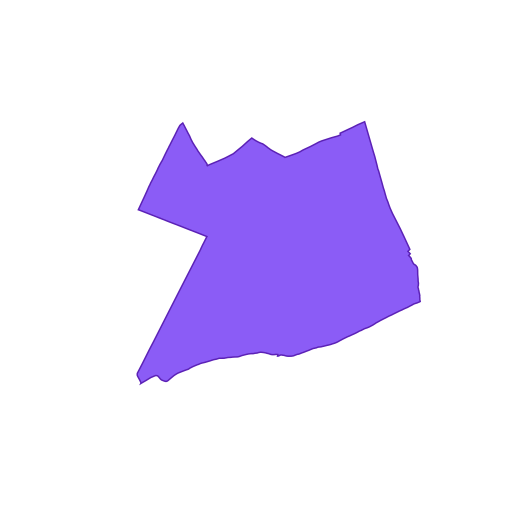 Vartop, Dolj, Romania, rotated 136°
{"feature_id": "2599482B4098580936602", "entity_name": "Vartop", "entity_type": "district", "adm_level": 2, "iso_a3": "ROU", "parent_name": "Romania", "parent_adm1": "Dolj", "projection": "natural_earth1", "projection_center": [23.359, 44.205], "detail": "fine", "context": "isolated", "style": "filled", "palette": "violet", "viewbox_px": 512, "rotation_deg": 136, "n_neighbors": 0, "source": "geoboundaries", "source_scale": "gbopen_adm2", "svg_char_len": 6082}
<svg xmlns="http://www.w3.org/2000/svg" viewBox="0 0 512 512"><g transform="rotate(136 256 256)"><path d="M308.5,371.0L308.0,370.0L306.8,367.4L305.7,365.0L303.0,359.1L294.3,340.0L292.1,335.3L288.9,328.4L285.4,320.7L281.5,312.3L279.8,308.5L277.8,304.1L281.0,303.0L284.6,301.7L286.5,301.1L289.7,299.9L291.9,299.0L330.5,285.8L352.0,278.4L389.1,265.6L397.5,262.8L412.0,257.7L422.7,254.1L423.2,253.8L423.9,253.1L424.3,252.6L424.7,251.6L424.9,250.9L425.6,248.3L426.4,245.7L426.6,245.2L426.9,244.5L427.4,244.3L425.3,243.8L421.7,242.9L415.9,241.6L414.7,241.1L412.3,240.2L411.2,239.7L410.4,238.8L410.0,238.1L410.0,237.3L410.0,236.3L410.2,233.9L410.1,232.6L409.8,231.8L408.8,229.7L408.2,228.7L407.6,228.1L406.8,227.7L405.8,227.5L402.3,227.3L398.2,227.0L397.0,226.8L394.6,226.3L393.0,225.8L390.1,224.6L386.1,222.9L385.2,222.5L384.0,221.9L383.1,221.5L382.4,221.4L381.6,221.3L378.3,220.3L376.7,219.7L373.6,218.5L372.5,217.9L371.2,217.5L369.5,216.7L366.7,215.0L361.5,212.3L360.4,211.8L358.4,210.8L356.1,209.3L353.5,208.0L352.6,207.1L349.9,204.6L346.7,202.5L344.4,200.5L343.0,199.5L341.5,198.2L340.4,197.2L339.4,196.3L338.2,195.5L336.7,194.8L335.1,194.1L333.2,193.0L331.1,191.8L329.2,190.6L327.5,189.3L325.8,187.7L324.2,186.7L322.7,185.5L322.4,185.3L321.1,184.7L319.5,183.6L318.4,182.3L317.2,180.8L316.3,179.5L315.9,178.8L315.6,178.2L315.1,177.6L314.7,176.9L314.3,176.1L313.8,175.1L313.5,174.6L313.1,174.1L312.3,173.2L311.8,172.8L311.5,172.5L311.0,172.1L310.4,171.7L309.7,171.0L309.4,170.8L309.2,170.5L308.7,169.9L309.2,169.5L310.0,169.0L309.5,168.6L309.2,168.5L308.9,168.3L308.6,168.2L307.8,168.0L307.2,167.8L307.0,167.6L306.7,167.4L306.1,166.7L305.5,165.8L305.2,165.5L304.8,165.0L304.1,163.7L303.7,163.2L303.5,162.8L303.2,162.4L302.2,161.3L301.8,160.9L301.3,160.5L301.0,160.2L300.7,159.9L299.9,159.2L299.6,159.0L299.3,158.8L298.6,158.3L298.0,158.0L297.5,157.8L296.5,157.4L295.6,157.0L294.6,156.6L294.0,156.1L293.6,155.9L293.2,155.6L292.9,155.5L291.7,155.0L290.4,154.5L289.0,153.8L287.1,153.0L285.8,152.5L285.2,152.2L284.0,151.7L283.4,151.4L282.7,151.2L281.5,150.7L280.9,150.5L280.2,150.2L279.2,149.8L277.8,148.9L276.6,148.2L276.1,147.9L275.4,147.7L274.9,147.4L274.4,147.2L274.1,146.9L273.6,146.5L273.1,146.1L272.6,145.7L272.0,145.3L271.4,145.0L270.8,144.6L269.6,143.9L268.4,143.2L267.9,142.9L267.3,142.6L266.8,142.3L266.2,141.9L265.2,141.3L264.1,140.7L263.6,140.4L263.1,140.2L261.6,139.5L261.1,139.2L260.7,139.0L259.2,138.3L258.1,137.9L257.0,137.5L255.4,137.1L254.2,136.8L253.7,136.6L251.4,136.0L250.8,135.8L249.5,135.4L247.7,134.8L247.0,134.6L245.1,133.9L244.5,133.6L243.9,133.4L243.3,133.2L242.7,133.0L242.1,132.8L239.9,132.0L238.8,131.6L238.1,131.4L237.6,131.2L236.5,130.9L235.9,130.7L234.8,130.4L234.2,130.3L233.1,129.9L232.5,129.6L232.0,129.4L231.7,129.3L231.3,129.2L230.9,129.1L230.3,128.9L228.9,128.5L228.1,128.2L225.6,127.0L225.0,126.8L224.4,126.5L223.7,126.3L223.1,126.1L222.4,125.9L221.7,125.7L220.3,125.3L219.6,125.1L218.9,125.0L217.6,124.7L216.9,124.6L216.2,124.5L215.5,124.3L214.1,123.9L212.2,123.4L211.3,123.2L210.4,122.9L207.7,122.1L205.9,121.5L202.4,120.5L200.7,119.9L199.9,119.6L199.1,119.3L198.3,119.1L196.1,118.4L195.5,118.2L193.6,117.6L191.8,117.0L191.5,117.0L191.1,116.8L190.0,116.4L189.7,116.3L188.7,115.9L188.1,115.7L187.3,115.5L185.9,115.0L184.5,114.5L184.0,114.3L183.0,113.9L182.4,113.7L181.6,113.5L179.5,112.9L178.3,112.5L177.1,112.2L176.8,112.1L176.5,112.1L175.9,111.9L175.2,111.6L174.6,111.3L174.1,111.1L172.6,110.3L171.2,109.8L170.6,109.5L170.1,109.4L169.5,109.2L168.4,110.9L167.4,111.9L166.6,112.9L165.9,113.6L165.6,113.8L165.4,114.1L165.3,114.3L164.5,115.5L164.1,116.3L163.3,117.4L162.9,118.0L162.7,118.6L162.2,119.2L162.0,119.5L161.1,121.2L159.5,122.2L158.8,122.9L158.0,123.6L157.0,125.1L155.2,127.1L152.6,130.3L149.4,133.7L148.3,135.2L147.8,136.1L147.8,136.7L147.6,137.8L147.6,138.2L147.6,138.8L147.7,139.0L147.8,139.2L147.9,139.5L148.0,139.9L148.1,140.3L148.0,140.8L148.0,141.3L147.9,141.8L147.8,142.1L147.6,142.8L147.2,144.0L147.0,145.0L146.9,145.3L146.7,145.5L146.3,146.0L146.2,146.2L146.1,146.4L146.0,146.6L145.9,147.2L145.9,147.4L145.9,148.1L145.8,148.7L145.8,149.4L145.9,150.3L143.5,150.5L143.5,153.8L140.7,153.9L136.1,167.1L133.3,175.4L130.1,185.9L128.3,191.8L126.3,197.3L124.9,200.5L123.7,203.0L122.8,205.2L122.2,206.8L121.1,208.8L120.0,210.9L118.5,213.6L118.0,214.6L117.3,216.1L117.0,216.7L116.5,217.6L114.2,221.8L111.1,227.6L108.6,232.2L108.0,233.8L106.0,237.1L101.5,245.0L99.0,249.9L98.1,251.6L84.6,277.1L91.5,279.7L97.4,281.5L100.8,282.7L110.2,285.9L111.1,284.4L114.2,285.7L119.5,288.6L128.9,293.2L131.7,294.3L134.6,295.1L140.7,296.9L146.5,298.9L148.9,299.7L151.5,300.3L152.5,300.6L155.7,301.8L157.3,302.5L160.4,303.9L166.7,306.8L166.7,307.0L166.8,307.5L167.0,308.2L168.4,312.3L169.3,314.8L171.0,320.1L171.3,321.1L171.7,322.7L172.0,324.6L172.3,326.0L172.3,326.8L172.6,328.6L172.9,330.2L173.3,332.1L174.1,333.6L175.1,336.1L176.0,338.9L176.5,340.9L177.1,343.8L182.7,344.2L189.8,344.4L194.4,344.8L201.2,345.3L207.0,347.0L210.6,348.1L217.3,350.6L226.5,354.2L227.8,354.5L228.2,354.6L228.3,354.8L228.3,355.0L228.1,355.3L227.7,355.6L227.5,355.9L227.2,356.9L227.0,358.1L226.9,358.9L226.7,359.6L226.6,360.4L226.5,361.2L226.2,362.9L225.9,364.5L225.8,365.3L225.7,366.2L225.6,367.0L224.8,372.1L224.4,373.6L224.1,375.1L223.8,376.8L222.7,381.8L222.2,383.4L221.7,385.1L220.4,388.5L219.4,392.1L218.8,394.0L217.7,397.7L217.1,399.6L216.6,401.5L216.3,402.5L216.7,402.5L217.8,402.7L218.0,402.7L219.7,402.8L220.0,402.8L220.7,402.6L223.1,401.9L224.8,401.3L226.4,400.7L227.3,400.4L230.0,399.4L231.7,398.8L233.5,398.2L235.3,397.6L238.2,396.6L241.0,395.6L242.0,395.3L242.9,395.0L243.8,394.6L244.8,394.3L245.7,394.0L246.6,393.7L250.5,392.3L256.9,389.9L257.3,389.8L258.4,389.5L258.9,389.4L260.0,389.0L261.2,388.7L262.9,388.1L264.6,387.5L265.8,387.1L266.3,386.8L266.9,386.6L268.0,386.2L268.5,386.0L269.6,385.6L270.2,385.4L271.3,385.0L272.0,384.8L273.2,384.4L274.4,384.0L275.0,383.8L277.4,382.9L278.6,382.5L281.1,381.7L283.0,380.9L283.7,380.7L285.1,380.2L285.8,379.9L289.9,378.2L292.0,377.4L293.2,376.9L308.5,371.0Z" fill="#8b5cf6" stroke="#5b21b6" stroke-width="1.5"/></g></svg>